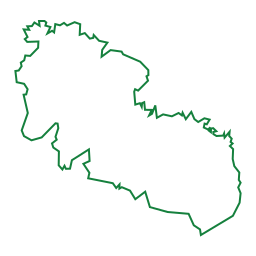 Tzicatlacoyan, Puebla, Mexico (Natural Earth projection)
{"feature_id": "50627088B32721400005262", "entity_name": "Tzicatlacoyan", "entity_type": "district", "adm_level": 2, "iso_a3": "MEX", "parent_name": "Mexico", "parent_adm1": "Puebla", "projection": "natural_earth1", "projection_center": [-98.086, 18.816], "detail": "medium", "context": "isolated", "style": "outline", "palette": "green", "viewbox_px": 256, "rotation_deg": 0, "n_neighbors": 0, "source": "geoboundaries", "source_scale": "gbopen_adm2", "svg_char_len": 1801}
<svg xmlns="http://www.w3.org/2000/svg" viewBox="0 0 256 256"><path d="M74.6,22.2L67.1,25.5L64.0,22.9L60.0,25.3L55.3,24.1L54.1,32.4L52.1,30.8L47.4,33.5L50.4,27.0L45.4,25.6L46.3,22.5L44.5,21.0L39.0,21.0L39.6,25.8L34.4,22.5L31.9,26.1L27.3,26.3L29.2,29.8L23.7,29.4L27.5,37.0L24.8,39.1L27.2,41.9L38.4,41.5L38.1,47.8L30.2,55.9L25.3,55.5L24.2,60.3L20.8,62.6L21.6,66.2L18.7,70.5L15.4,71.0L16.7,82.2L24.1,83.8L27.6,89.2L26.2,94.4L23.6,94.7L27.8,113.0L21.7,130.4L24.0,136.1L31.5,140.3L41.7,137.4L55.5,123.3L57.6,123.6L58.3,128.2L55.5,136.8L56.7,139.7L52.0,143.4L53.3,147.5L58.9,151.4L58.7,165.3L62.4,169.5L64.5,165.8L65.9,168.8L70.0,168.7L71.9,160.2L88.9,149.4L89.6,161.0L83.4,163.8L89.4,172.8L88.2,178.3L112.8,183.2L116.2,188.0L119.5,184.4L119.4,188.6L121.8,187.2L130.0,190.6L135.3,199.2L145.2,191.7L149.9,207.1L167.6,212.0L188.6,213.8L193.8,225.3L200.0,229.4L200.9,235.0L232.9,215.8L239.6,202.7L240.6,193.2L238.2,187.4L240.6,182.7L238.8,179.9L239.3,172.5L234.3,166.1L232.7,159.0L233.1,149.1L229.9,146.0L232.6,143.5L230.6,141.9L231.7,138.7L229.2,136.0L229.6,131.7L224.6,137.6L224.1,133.5L223.2,135.6L216.5,136.0L213.4,134.1L213.3,132.0L216.3,131.2L213.2,128.2L211.0,128.5L210.9,132.2L208.7,130.5L210.4,127.3L208.1,129.5L203.8,127.5L204.6,123.6L206.8,124.3L209.6,119.6L204.4,118.3L198.2,122.0L194.4,119.1L191.3,111.9L185.8,119.2L182.6,112.7L181.9,115.4L178.6,113.0L171.9,116.3L163.1,114.4L156.9,117.8L155.3,105.4L152.0,113.8L149.1,115.5L151.7,109.9L145.0,109.8L144.2,102.2L142.1,103.1L141.7,106.9L139.9,103.2L135.3,104.6L134.2,91.7L135.1,89.2L138.1,90.6L148.0,80.7L146.5,76.3L148.4,75.1L148.3,70.1L140.2,61.7L123.1,54.3L121.6,51.6L110.6,50.1L101.6,56.7L102.2,49.9L107.4,42.6L99.1,40.8L93.7,35.0L93.2,37.9L89.8,38.6L84.8,33.1L79.7,34.8L80.2,24.2L74.6,22.2Z" fill="none" stroke="#15803d" stroke-width="2"/></svg>